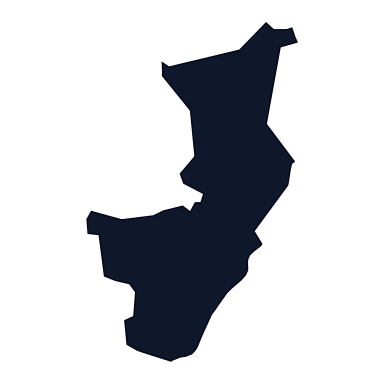 Maynard Hill, Castries, Saint Lucia
{"feature_id": "8701671B31339536458012", "entity_name": "Maynard Hill", "entity_type": "district", "adm_level": 2, "iso_a3": "LCA", "parent_name": "Saint Lucia", "parent_adm1": "Castries", "projection": "mercator", "projection_center": [-60.99, 14.003], "detail": "fine", "context": "isolated", "style": "filled", "palette": "ink", "viewbox_px": 384, "rotation_deg": 0, "n_neighbors": 0, "source": "geoboundaries", "source_scale": "gbopen_adm2", "svg_char_len": 1051}
<svg xmlns="http://www.w3.org/2000/svg" viewBox="0 0 384 384"><path d="M294.1,161.4L266.1,124.1L280.1,46.8L296.9,42.0L294.5,36.5L291.8,28.2L286.7,29.8L273.5,29.8L266.1,23.0L239.7,50.2L168.9,67.2L162.4,62.8L162.8,72.9L162.5,75.6L163.0,76.2L190.6,110.4L195.1,156.5L180.5,173.8L183.8,183.1L203.9,193.6L201.0,202.9L195.3,202.9L190.3,212.2L182.6,206.3L163.7,211.0L153.4,216.0L121.4,219.9L91.4,211.6L87.1,219.3L88.2,233.3L99.2,234.5L104.6,276.0L115.9,280.4L129.6,283.6L135.8,292.0L133.9,316.6L124.9,320.6L127.2,344.3L137.8,350.3L145.2,352.8L171.0,361.0L172.6,359.9L180.0,356.9L185.9,356.0L191.4,353.8L192.6,352.8L195.2,349.8L197.0,347.0L197.8,345.0L200.0,339.7L201.3,336.5L203.9,330.7L208.1,321.5L211.2,314.6L215.4,308.9L217.7,305.4L222.9,298.1L226.8,292.6L231.2,288.3L238.2,282.2L240.8,280.0L245.3,275.0L247.4,270.4L247.5,267.6L247.3,264.4L247.3,261.0L248.0,258.1L249.7,254.7L253.3,251.3L256.9,248.4L260.2,245.9L261.7,244.1L253.8,231.1L287.5,185.2L288.1,182.6L290.0,169.9L291.4,163.6L294.1,161.4Z" fill="#0f172a" stroke="#020617" stroke-width="1.5"/></svg>